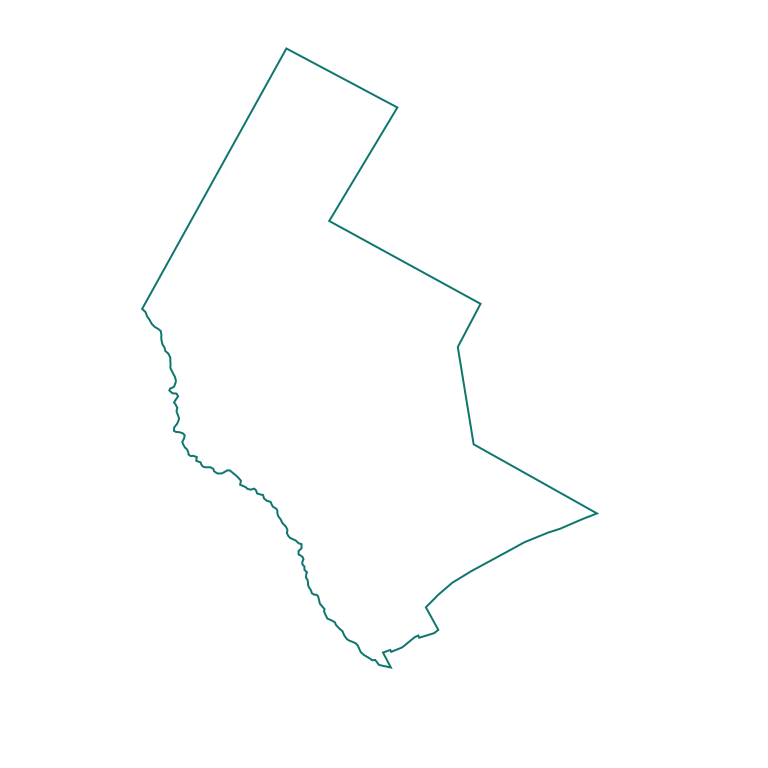 San Martín, Mendoza, Argentina, rotated 298°
{"feature_id": "61730980B45978264735485", "entity_name": "San Martín", "entity_type": "district", "adm_level": 2, "iso_a3": "ARG", "parent_name": "Argentina", "parent_adm1": "Mendoza", "projection": "equal_earth", "projection_center": [-68.452, -32.954], "detail": "fine", "context": "isolated", "style": "outline", "palette": "teal", "viewbox_px": 768, "rotation_deg": 298, "n_neighbors": 0, "source": "geoboundaries", "source_scale": "gbopen_adm2", "svg_char_len": 2470}
<svg xmlns="http://www.w3.org/2000/svg" viewBox="0 0 768 768"><g transform="rotate(298 384 384)"><path d="M634.4,266.0L634.4,140.3L336.7,135.2L335.6,139.6L332.5,143.1L330.5,147.0L328.0,150.8L326.8,154.8L326.6,158.8L326.0,161.9L322.9,164.4L320.5,165.5L318.3,166.9L315.0,169.8L313.0,173.2L310.5,175.4L309.5,179.5L306.9,183.0L303.8,184.6L301.4,186.2L299.8,186.9L298.0,187.8L296.6,189.4L295.5,191.2L293.7,193.6L292.5,195.6L290.0,198.1L288.2,199.2L283.2,199.9L281.0,198.6L279.6,197.3L277.5,197.5L276.5,201.5L278.1,205.3L276.5,208.0L271.6,207.4L269.0,207.4L268.2,209.4L265.8,212.8L263.5,213.2L261.9,214.1L258.9,217.7L257.2,219.3L255.4,219.7L251.6,220.0L248.7,219.4L246.9,219.2L244.0,220.5L244.0,222.8L245.4,225.9L246.0,229.7L245.2,232.1L242.2,233.0L238.1,233.1L236.5,234.9L234.5,238.0L233.8,240.7L232.2,242.9L230.0,244.5L229.6,247.2L231.0,249.2L231.6,253.0L228.1,254.3L228.3,256.6L228.7,258.8L227.1,260.6L226.1,262.6L226.5,265.1L227.5,267.1L229.1,270.0L228.9,273.1L227.2,274.9L226.8,278.9L228.8,282.7L232.0,284.9L234.2,286.2L235.3,288.6L234.6,291.9L233.8,296.0L233.2,298.3L231.5,303.0L227.5,304.3L227.9,308.3L227.9,310.6L227.3,312.6L228.1,315.9L230.7,318.6L230.0,321.0L227.8,323.3L228.4,326.6L229.2,329.3L226.6,331.8L225.9,335.6L226.7,339.1L225.3,340.9L223.5,343.4L223.3,347.6L222.0,349.4L219.8,350.5L217.6,352.8L215.8,356.6L214.3,358.4L213.3,360.2L212.7,362.2L211.9,364.6L209.7,367.3L206.8,368.2L205.0,370.7L204.0,373.4L204.2,376.9L204.4,379.4L203.3,383.6L203.9,386.3L200.3,388.3L196.3,387.0L193.4,388.6L193.4,391.1L193.0,393.3L191.6,395.1L188.2,395.5L186.3,396.8L185.5,399.4L182.6,401.0L181.6,404.4L179.6,404.6L176.4,406.0L175.2,408.4L172.9,410.2L170.9,411.3L169.3,413.1L168.3,415.1L166.8,417.2L165.4,418.5L165.2,421.4L166.3,423.4L165.5,425.6L162.4,428.4L160.0,430.4L157.3,437.2L155.1,437.8L153.0,440.4L150.3,444.1L150.7,449.4L150.5,452.6L148.7,454.7L147.1,459.4L146.3,463.3L143.4,466.9L141.5,470.5L141.1,472.8L141.5,477.1L141.8,480.7L140.8,483.7L139.4,485.4L137.8,487.4L136.3,489.6L135.3,493.5L135.2,495.9L135.0,499.9L134.6,503.4L136.2,505.8L133.6,511.5L136.9,523.1L146.4,509.2L152.1,514.4L150.9,516.1L159.3,523.2L161.5,524.4L172.8,529.1L175.2,530.2L178.0,532.4L176.5,534.2L187.5,545.2L192.4,547.4L206.5,525.8L219.4,529.7L223.2,530.8L240.6,537.6L260.0,549.1L281.1,563.1L297.6,574.0L310.1,582.2L329.3,598.2L338.8,607.4L358.2,622.9L369.7,632.8L371.8,538.6L372.8,491.5L451.3,431.8L500.1,431.6L502.2,259.1L634.4,266.0Z" fill="none" stroke="#0f766e" stroke-width="2"/></g></svg>